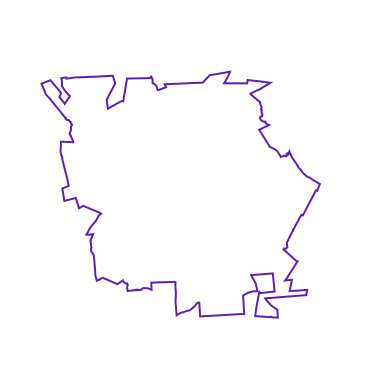 San Felipe del Progreso, México, Mexico (Mercator projection), rotated 346°
{"feature_id": "50627088B26208541909776", "entity_name": "San Felipe del Progreso", "entity_type": "district", "adm_level": 2, "iso_a3": "MEX", "parent_name": "Mexico", "parent_adm1": "México", "projection": "mercator", "projection_center": [-99.99, 19.649], "detail": "fine", "context": "isolated", "style": "outline", "palette": "violet", "viewbox_px": 384, "rotation_deg": 346, "n_neighbors": 0, "source": "geoboundaries", "source_scale": "gbopen_adm2", "svg_char_len": 5658}
<svg xmlns="http://www.w3.org/2000/svg" viewBox="0 0 384 384"><g transform="rotate(346 192 192)"><path d="M277.9,319.7L280.1,314.9L277.5,314.4L270.8,313.3L269.5,313.1L265.8,312.2L264.0,311.9L262.8,311.8L267.7,301.4L260.9,300.4L262.9,298.8L268.5,293.5L270.2,291.9L277.6,284.8L276.9,284.6L266.9,269.9L267.4,269.1L268.7,269.7L269.7,269.6L271.2,268.6L271.7,264.1L274.0,261.6L274.4,260.9L278.8,255.8L280.8,253.9L280.7,253.8L280.8,253.3L281.1,252.8L281.4,252.6L281.6,252.4L282.0,252.4L284.7,249.2L286.9,246.8L287.9,245.8L288.6,245.1L289.5,243.9L290.8,242.7L292.7,240.6L294.0,241.5L296.6,238.5L297.9,237.1L300.6,234.0L302.8,231.5L304.9,229.1L309.2,224.3L311.7,221.5L312.7,220.3L313.8,221.1L318.0,215.2L315.0,212.2L312.4,209.8L311.2,208.4L310.3,207.3L309.0,206.1L307.8,205.3L307.2,204.6L304.4,200.6L303.9,199.4L302.9,196.8L302.7,196.9L301.5,194.4L300.6,191.8L300.8,191.7L297.8,183.7L297.2,181.7L296.6,178.9L296.3,176.3L295.6,177.4L295.1,177.2L294.0,177.7L293.4,177.6L293.3,177.8L293.7,178.2L294.5,178.2L294.8,178.3L294.8,178.7L294.4,178.9L294.0,178.9L293.8,178.7L293.3,178.8L292.7,179.0L292.6,179.4L292.7,179.7L292.5,180.0L291.6,180.1L291.1,179.8L290.8,179.3L290.1,178.9L289.4,179.3L289.0,179.2L287.8,179.3L286.7,179.5L286.6,178.9L285.0,174.0L284.6,173.0L283.5,171.4L281.6,169.6L279.6,167.9L278.4,167.1L278.5,167.0L272.2,147.8L282.9,145.7L282.3,145.3L281.4,144.4L280.6,143.5L280.4,143.0L280.2,142.7L280.2,142.2L280.2,141.8L280.2,141.4L280.0,141.2L279.1,141.4L278.7,141.3L277.5,140.2L276.7,139.4L276.5,139.2L276.2,138.8L276.3,138.7L275.9,137.3L276.0,136.5L276.2,136.1L276.3,136.1L276.6,135.8L277.1,135.3L277.6,135.2L278.0,135.2L278.1,135.3L278.3,135.3L278.7,134.8L278.8,134.5L278.9,134.0L279.1,133.4L278.9,133.0L279.0,132.8L278.8,132.7L278.9,131.7L278.8,131.2L279.2,130.3L279.4,130.1L279.5,129.7L279.5,129.4L279.4,129.1L279.1,128.8L279.0,128.6L278.9,128.3L280.0,127.1L280.1,126.7L279.6,124.2L279.5,122.7L279.7,122.4L279.9,121.6L272.5,111.3L272.5,110.8L272.8,110.6L277.8,109.5L282.6,108.7L287.8,107.1L294.4,105.0L284.9,101.2L273.1,96.8L271.8,99.9L249.5,94.3L254.2,89.4L258.0,84.5L237.5,83.0L228.8,88.5L227.6,88.2L191.7,80.9L192.2,84.1L183.5,85.0L183.1,81.0L182.3,78.9L180.1,76.7L181.0,73.5L180.3,69.4L179.6,71.5L156.4,66.2L147.2,87.4L145.9,86.7L141.1,87.9L130.5,90.8L131.5,81.9L143.8,68.0L143.7,66.4L143.2,60.0L142.0,59.7L141.0,59.6L139.5,59.3L130.8,57.6L129.2,57.4L123.8,56.3L123.5,56.0L121.7,55.8L116.4,54.7L116.0,54.7L112.4,53.9L112.3,53.7L111.6,53.7L110.0,53.4L107.4,52.8L107.1,52.7L106.7,52.6L106.2,52.5L97.7,51.7L97.8,50.4L92.7,49.9L92.6,52.7L91.5,58.1L93.4,63.3L95.4,67.3L95.7,67.8L96.8,69.4L89.8,75.7L89.4,74.4L86.3,67.9L88.1,65.5L88.8,64.2L87.4,60.9L82.9,52.0L81.8,49.3L72.2,50.5L73.2,57.2L74.0,62.3L76.3,66.5L83.2,81.1L85.3,85.7L85.6,86.0L85.9,87.1L86.1,87.6L86.4,88.4L86.8,88.5L87.0,88.9L87.1,89.2L87.3,89.5L87.2,89.6L87.0,90.1L87.3,90.2L87.5,90.1L87.6,90.3L87.6,90.5L87.8,91.4L88.1,91.7L88.6,91.9L88.9,92.1L89.8,92.4L90.7,94.5L91.2,94.7L91.0,95.9L91.5,96.5L91.4,97.0L91.8,97.8L91.2,98.4L91.0,98.7L90.8,99.0L90.5,99.2L90.1,100.1L90.0,101.0L89.8,101.8L89.8,102.3L89.6,102.6L89.2,103.0L89.1,103.4L88.5,104.0L88.1,104.4L87.9,104.8L87.8,105.2L87.3,106.0L87.3,106.3L87.6,106.9L87.7,107.7L88.0,108.0L88.1,108.6L88.1,109.1L88.1,109.3L88.3,110.3L88.3,110.9L88.3,111.1L88.5,111.5L88.6,111.9L88.6,112.2L88.7,112.7L89.1,113.6L89.0,114.3L88.9,114.5L88.5,115.0L85.8,114.0L82.9,113.2L77.0,111.4L75.6,116.5L74.9,118.4L74.6,119.7L74.3,121.0L74.1,122.5L74.1,125.1L74.5,126.8L74.1,128.6L74.1,151.0L73.8,156.2L67.0,157.3L66.0,169.8L77.8,169.6L78.4,180.4L83.3,179.2L97.3,189.7L98.6,191.1L98.0,191.4L97.7,191.4L97.2,191.6L96.2,192.1L95.0,193.2L92.2,196.2L91.2,197.2L88.2,199.3L86.8,200.2L85.6,201.2L84.5,202.0L84.2,202.3L81.0,206.1L80.1,206.9L79.6,207.2L79.1,207.7L79.1,207.8L82.4,208.7L83.0,208.7L83.6,208.8L84.0,208.8L84.9,209.0L85.9,209.0L85.2,210.0L84.6,210.3L83.8,211.8L82.8,213.1L82.1,213.7L82.2,214.5L81.8,214.8L81.5,215.3L81.6,216.1L81.5,216.9L81.5,217.3L81.4,217.3L81.2,218.8L81.0,220.5L81.1,221.4L80.4,222.3L80.3,222.6L80.4,223.0L80.0,224.1L79.8,225.0L80.3,226.3L80.9,228.1L81.2,229.2L81.4,229.5L81.4,230.1L81.2,230.8L81.1,231.6L79.2,243.8L78.1,249.1L78.2,255.1L81.2,254.4L85.0,253.7L86.4,255.0L87.5,255.8L97.4,263.4L102.2,261.5L103.4,261.1L103.3,261.6L103.5,262.2L105.9,265.0L106.6,265.5L107.0,265.3L107.1,265.7L107.2,265.8L107.2,266.4L106.9,267.3L106.7,267.4L106.4,268.2L105.9,269.0L105.8,269.4L105.6,272.5L109.7,273.0L110.7,273.1L111.8,273.2L112.0,273.5L112.7,273.6L113.0,273.4L113.5,273.4L114.2,273.3L114.4,273.4L114.5,273.5L114.8,273.8L115.1,273.5L115.3,273.7L115.1,274.0L115.8,274.1L116.2,274.1L116.7,274.0L117.0,274.1L117.2,274.3L117.6,274.2L117.9,274.3L118.0,274.5L118.7,274.7L119.1,274.6L119.4,274.4L120.4,273.6L120.8,273.5L121.5,273.6L122.0,273.6L123.0,273.8L123.8,274.1L126.1,274.9L127.5,275.9L128.0,276.4L129.1,277.1L129.2,276.8L129.3,275.8L129.7,274.6L129.8,273.8L130.3,271.0L130.7,270.2L140.7,272.2L144.4,273.1L148.9,274.0L153.6,275.1L154.2,275.4L153.0,279.8L151.9,286.4L149.4,294.6L147.3,307.9L151.1,306.7L153.1,306.5L153.8,306.6L158.1,306.2L158.9,306.3L161.1,306.2L162.2,305.9L163.4,305.4L163.9,305.1L165.3,304.2L165.9,304.0L166.9,303.6L168.3,302.4L169.3,301.7L169.8,301.2L171.0,300.8L171.5,300.7L172.3,301.1L169.8,314.7L213.2,322.9L216.5,304.8L219.0,304.1L221.8,303.4L225.0,303.2L226.3,303.1L227.3,303.2L229.3,303.6L231.2,304.0L231.6,300.3L231.7,297.6L231.7,296.3L229.3,286.9L239.0,288.6L243.0,289.3L250.7,290.5L249.5,298.8L248.0,308.5L234.2,306.7L233.2,305.2L226.7,319.1L223.3,327.7L237.1,332.2L238.6,332.1L239.4,333.0L244.9,334.7L246.3,327.0L241.3,321.1L238.3,315.7L237.3,312.9L277.9,319.7Z" fill="none" stroke="#5b21b6" stroke-width="2"/></g></svg>